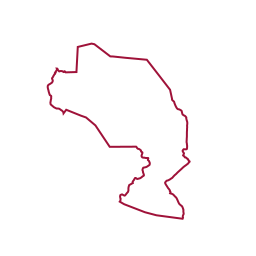 outline of Pespire, Choluteca, Honduras, rotated 208°
{"feature_id": "27666195B26352137717049", "entity_name": "Pespire", "entity_type": "district", "adm_level": 2, "iso_a3": "HND", "parent_name": "Honduras", "parent_adm1": "Choluteca", "projection": "albers", "projection_center": [-87.341, 13.59], "detail": "fine", "context": "isolated", "style": "outline", "palette": "rose", "viewbox_px": 256, "rotation_deg": 208, "n_neighbors": 0, "source": "geoboundaries", "source_scale": "gbopen_adm2", "svg_char_len": 5367}
<svg xmlns="http://www.w3.org/2000/svg" viewBox="0 0 256 256"><g transform="rotate(208 128 128)"><path d="M197.0,186.2L199.8,185.4L210.4,176.0L199.8,153.2L209.1,147.9L209.5,148.1L210.1,148.3L210.4,148.3L210.7,148.3L210.8,148.2L210.8,147.8L210.8,147.5L210.8,147.4L211.1,147.2L211.3,147.2L212.6,147.3L213.0,147.2L213.8,146.9L214.5,146.5L214.7,146.3L215.0,145.9L215.3,145.7L215.5,145.7L216.9,146.2L217.1,146.3L217.6,146.8L218.1,147.1L218.3,147.2L218.5,147.1L218.8,147.0L218.6,146.8L218.4,146.6L218.2,146.4L218.1,146.2L218.2,144.4L218.3,143.9L218.3,143.7L218.2,143.5L218.1,143.4L217.9,143.1L218.0,142.8L218.2,142.7L218.4,142.6L218.4,142.3L218.4,142.2L218.2,141.9L217.9,141.7L217.9,141.3L218.1,140.9L218.2,140.6L218.2,140.2L218.2,139.8L218.3,138.8L218.2,138.4L218.2,138.2L218.3,137.2L218.4,136.7L218.4,136.3L218.3,136.2L218.2,135.9L217.0,134.9L216.6,134.4L216.5,134.2L216.5,133.8L216.4,133.4L216.4,133.0L216.4,132.5L216.5,132.3L217.3,130.7L218.0,129.6L218.3,129.1L218.4,128.8L218.6,128.3L218.6,128.0L218.6,127.6L218.5,127.3L218.3,126.8L218.1,126.4L217.1,125.1L215.9,123.9L215.1,122.9L213.2,121.0L212.8,120.7L212.5,120.4L212.2,120.4L211.2,120.3L210.9,120.2L210.7,120.0L210.5,119.6L210.1,118.7L209.7,118.1L209.5,117.4L209.3,116.5L209.0,115.8L208.7,114.8L208.4,113.9L208.1,113.5L207.8,113.1L207.6,112.8L207.4,112.6L207.2,112.5L206.8,112.4L204.1,111.8L203.3,111.6L202.2,111.6L201.1,111.6L200.1,111.7L199.7,111.9L199.4,112.1L198.5,112.5L198.1,112.6L197.7,112.7L196.7,112.6L196.0,112.5L195.6,112.4L194.8,112.4L194.3,112.3L193.3,112.0L192.9,111.8L192.5,111.5L192.1,111.1L191.8,110.7L191.1,115.1L175.3,116.8L170.0,117.6L158.0,115.0L135.3,102.8L112.1,115.3L111.8,115.2L111.4,115.1L110.4,114.5L110.1,114.4L109.9,114.4L109.6,114.3L109.2,114.4L108.4,114.6L107.9,114.6L107.2,114.5L106.5,114.4L106.0,114.2L105.6,113.6L105.1,113.3L104.9,113.2L104.5,113.2L104.2,113.3L103.9,113.2L103.7,113.0L103.5,112.6L103.4,111.8L103.2,110.6L103.0,109.8L102.8,109.5L102.5,109.2L102.2,109.0L101.8,108.9L101.6,108.8L101.3,108.8L101.0,108.9L100.6,109.0L100.2,109.2L99.8,109.4L99.6,109.5L99.1,109.6L98.7,109.7L98.2,109.9L97.9,110.0L96.9,110.6L96.4,110.7L96.1,110.9L95.9,110.8L95.9,110.7L95.8,109.9L95.6,109.5L95.5,109.2L95.4,109.1L95.2,109.1L93.8,108.6L92.9,107.8L92.5,107.5L92.1,106.9L91.9,106.5L91.8,106.1L91.7,105.6L91.7,105.4L93.1,102.8L93.4,102.3L93.8,101.9L94.9,100.9L95.4,100.5L95.8,100.2L95.9,99.9L95.8,98.7L95.7,98.2L95.4,97.6L95.1,97.3L94.5,96.8L94.1,96.1L93.7,95.7L93.0,95.1L92.0,94.1L91.9,94.0L91.8,93.7L91.7,93.5L91.7,93.4L92.0,92.8L92.5,92.0L92.8,91.1L93.1,90.5L93.4,89.9L93.7,89.4L94.1,89.0L94.7,88.4L95.2,88.0L95.5,87.6L95.9,87.4L96.2,87.3L96.5,87.3L97.7,87.5L97.9,87.4L98.0,87.3L98.2,87.2L98.3,87.0L98.4,85.4L98.4,84.5L98.6,83.8L98.6,83.0L98.6,82.6L98.5,82.3L98.2,82.0L98.0,81.8L98.0,81.7L97.9,81.6L98.2,81.2L99.6,79.0L100.1,78.3L100.1,78.1L100.0,77.4L99.8,76.3L99.6,75.7L99.4,75.1L98.7,73.8L98.3,73.0L98.2,72.5L98.1,72.0L98.0,71.7L98.1,71.3L98.2,70.9L98.5,69.5L98.8,67.7L99.0,67.0L99.1,66.9L99.3,66.7L99.6,66.6L100.1,66.6L100.6,66.6L101.4,66.6L102.0,66.6L102.3,66.4L102.7,65.9L103.1,65.5L103.2,65.3L103.2,65.0L103.1,64.5L102.9,63.9L102.2,62.9L101.8,62.4L101.4,62.2L100.8,60.8L100.6,60.0L100.7,59.1L95.6,58.9L73.4,61.6L61.9,64.3L37.2,73.5L37.3,74.6L37.6,74.9L37.8,75.1L38.0,75.5L38.2,75.8L38.4,76.6L38.5,78.2L38.6,78.4L38.7,78.6L39.8,80.1L40.2,80.8L40.5,81.5L40.8,81.9L41.0,82.2L41.4,82.4L41.7,82.8L41.8,82.9L43.4,84.2L43.9,84.3L46.6,84.9L47.1,85.1L47.5,85.3L48.5,86.0L51.0,88.0L51.7,88.5L52.3,88.9L52.8,89.2L53.6,89.4L54.3,89.6L56.6,90.4L57.1,90.5L57.7,90.5L58.4,90.5L59.4,90.3L59.9,90.1L60.2,90.1L60.3,91.0L60.4,91.4L60.6,91.5L61.4,91.9L61.5,92.3L61.8,92.6L62.4,92.9L63.1,93.3L64.0,93.6L64.8,94.0L65.6,94.5L68.3,96.0L69.2,96.7L69.4,96.9L69.5,97.0L69.6,97.6L69.3,98.9L69.2,99.4L69.1,99.6L67.9,100.7L67.5,101.3L67.3,101.6L67.1,102.0L66.9,102.2L66.7,102.5L66.3,103.4L65.6,104.6L65.4,105.2L65.2,106.2L65.0,107.0L64.8,107.6L64.7,108.1L64.0,109.8L63.3,112.2L63.0,113.0L62.0,115.8L61.6,116.9L60.8,119.3L60.2,120.7L59.1,122.9L58.8,123.7L58.4,124.4L58.0,126.4L57.8,126.9L57.8,127.1L57.9,127.4L58.1,127.5L58.5,127.4L58.9,127.5L59.1,127.7L59.3,127.9L59.4,128.0L59.8,128.2L60.3,128.3L60.8,128.8L61.5,128.7L62.5,129.1L62.9,129.1L63.1,129.0L63.4,128.9L63.8,128.8L64.0,128.8L64.3,128.9L64.6,129.3L65.5,129.5L66.1,129.5L66.3,129.6L66.5,129.7L66.5,129.9L66.5,130.1L66.4,130.4L66.4,130.6L66.5,130.9L66.6,131.3L66.6,131.6L66.7,131.9L66.8,131.9L67.7,132.5L68.5,132.9L68.8,133.2L69.0,133.4L69.1,133.6L69.1,133.9L69.0,135.0L68.9,135.3L68.7,135.5L67.7,135.9L66.7,136.5L66.4,136.7L66.3,137.0L66.2,137.2L66.3,137.5L66.5,138.1L67.2,139.6L67.6,140.3L68.0,140.8L69.0,142.3L69.4,142.7L69.7,143.1L70.8,145.5L71.2,146.3L71.5,147.0L71.9,147.9L74.2,152.3L74.9,153.9L75.6,155.2L76.0,156.2L76.4,156.9L77.0,157.9L77.4,159.0L77.7,159.7L78.0,160.3L78.6,161.2L80.0,162.6L81.2,164.0L81.3,164.2L81.4,164.5L81.5,164.7L82.6,165.2L82.9,165.3L83.3,165.4L85.1,165.4L85.7,165.5L86.2,165.6L86.3,165.7L86.6,166.0L87.3,166.7L88.5,168.1L88.8,168.3L89.2,168.4L89.8,168.5L90.8,168.5L91.4,168.5L91.7,168.4L92.4,168.2L92.8,168.1L93.0,168.1L93.6,168.2L94.3,168.5L94.8,168.8L95.6,169.3L96.8,170.2L98.7,171.8L99.2,172.4L99.5,172.7L99.8,172.9L101.9,173.4L102.2,173.6L102.4,173.7L102.6,174.0L102.7,174.3L108.8,181.5L124.9,188.8L143.4,197.1L163.2,188.8L175.3,183.9L177.2,182.9L197.0,186.2Z" fill="none" stroke="#9f1239" stroke-width="2"/></g></svg>